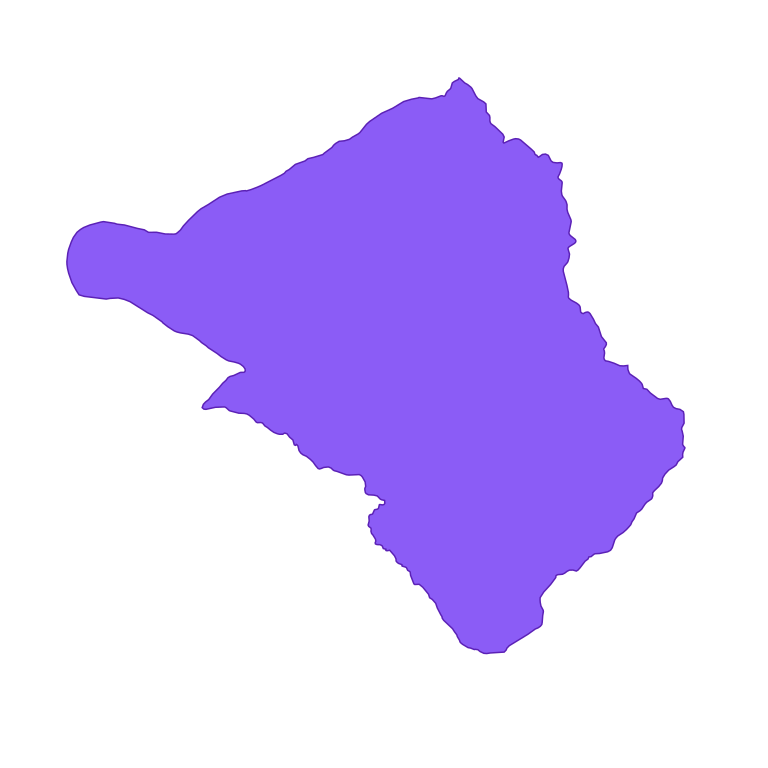 the district of Chinavita, Boyacá, Colombia, rotated 169°
{"feature_id": "7082276B18189760139189", "entity_name": "Chinavita", "entity_type": "district", "adm_level": 2, "iso_a3": "COL", "parent_name": "Colombia", "parent_adm1": "Boyacá", "projection": "mercator", "projection_center": [-73.337, 5.21], "detail": "fine", "context": "isolated", "style": "filled", "palette": "violet", "viewbox_px": 768, "rotation_deg": 169, "n_neighbors": 0, "source": "geoboundaries", "source_scale": "gbopen_adm2", "svg_char_len": 6163}
<svg xmlns="http://www.w3.org/2000/svg" viewBox="0 0 768 768"><g transform="rotate(169 384 384)"><path d="M628.3,596.9L631.0,597.0L642.4,596.2L649.0,594.9L652.5,593.6L656.4,591.5L660.9,587.2L663.8,583.2L667.9,576.3L669.5,572.6L671.9,564.8L672.4,561.8L672.6,557.8L672.4,552.9L671.0,543.0L668.2,534.4L666.3,529.7L661.5,527.2L640.5,520.4L636.5,520.3L628.5,519.2L622.8,516.6L617.6,513.3L602.5,499.1L597.8,495.5L590.0,487.4L589.4,486.2L585.3,481.5L579.7,476.1L577.4,474.6L574.0,473.0L566.6,470.3L562.7,468.1L556.8,461.8L555.2,459.5L551.2,455.4L549.5,453.1L542.1,445.9L538.7,442.0L534.2,437.8L532.0,436.3L526.9,434.2L522.8,432.1L521.1,430.8L518.7,428.0L517.5,425.3L517.7,423.4L518.4,422.5L519.3,422.2L522.8,422.8L530.0,421.0L533.6,420.8L535.9,420.0L538.5,417.7L542.2,415.5L546.2,412.2L554.1,406.8L559.0,402.2L562.6,400.4L565.2,398.5L567.0,395.5L565.6,393.7L563.6,393.1L553.9,393.3L544.8,391.9L543.4,390.8L541.0,387.5L540.1,386.9L532.2,383.1L526.8,381.8L524.4,380.8L522.3,379.1L520.0,376.3L518.5,374.4L516.8,371.1L515.7,370.2L512.3,369.7L510.7,368.9L508.9,365.5L506.8,363.6L504.0,360.2L501.3,357.5L498.2,355.5L496.2,354.6L492.9,354.0L491.4,354.7L490.7,354.7L488.7,353.7L486.8,349.8L484.1,346.4L483.7,341.5L482.8,340.7L482.3,340.7L481.6,341.4L480.7,340.5L480.3,339.5L480.1,334.8L478.9,332.1L477.2,330.1L473.9,327.8L470.8,324.2L468.5,320.9L466.7,316.9L464.8,313.6L463.5,312.9L461.4,313.1L459.1,313.6L454.4,313.2L452.0,311.6L450.4,309.3L449.4,308.4L446.7,307.1L438.3,302.1L435.8,301.3L425.5,299.8L423.9,298.4L423.0,296.9L421.2,291.5L421.5,287.0L422.7,285.2L423.0,283.7L423.0,281.0L422.4,279.8L420.4,278.2L415.3,276.9L412.8,275.8L411.9,275.3L409.6,271.7L408.4,270.8L405.6,269.6L406.0,266.6L407.0,265.7L408.6,265.6L411.0,266.5L411.6,266.4L413.1,263.1L414.2,262.4L417.0,262.4L417.6,262.0L419.9,258.7L420.6,258.4L422.3,258.4L423.4,257.9L424.2,256.6L424.7,252.3L426.5,248.6L426.2,247.2L424.4,245.1L424.3,244.0L424.9,241.9L424.7,239.6L423.7,237.9L422.0,233.4L422.0,231.4L423.0,229.7L422.9,228.6L421.5,227.7L418.5,227.0L417.1,225.9L416.6,225.3L416.1,222.6L413.6,221.4L414.0,220.7L413.6,220.0L412.4,219.7L410.1,219.7L406.5,213.4L405.6,210.1L405.9,207.9L405.3,206.7L404.1,205.2L401.1,203.4L400.8,202.9L401.1,202.1L400.8,201.7L397.7,200.1L397.0,199.4L396.3,196.6L394.5,195.0L394.2,194.2L394.4,191.0L392.8,182.1L392.0,181.3L387.7,180.7L384.7,177.1L380.4,169.1L380.0,165.5L377.7,163.3L375.1,158.9L374.4,153.9L372.2,146.4L371.5,144.8L371.5,142.9L370.5,140.6L363.4,130.7L362.1,127.4L360.4,123.9L360.2,122.0L358.8,118.1L358.6,116.4L358.3,115.6L356.6,113.5L351.8,109.2L349.5,108.3L346.0,106.1L345.2,106.2L342.6,105.3L340.7,103.0L337.4,100.6L334.6,99.8L331.0,99.7L317.2,97.9L314.9,99.5L313.8,101.2L311.0,103.2L290.4,110.9L282.1,114.7L279.4,115.2L276.8,116.3L275.0,117.8L274.2,119.8L272.4,126.4L271.0,130.1L270.9,131.5L272.3,136.2L272.3,139.9L272.0,142.4L271.5,144.5L266.8,149.4L258.7,155.4L252.9,160.7L252.3,161.3L251.9,162.7L251.5,163.2L249.9,163.7L245.1,163.2L242.6,163.9L240.0,165.2L237.5,165.9L234.0,165.3L230.9,163.7L229.1,164.3L226.7,166.1L220.4,171.7L217.2,173.2L215.8,175.2L213.7,175.0L210.2,176.9L209.2,177.1L204.7,176.5L196.4,176.6L193.3,177.6L191.2,179.7L187.1,187.1L185.6,188.6L183.5,190.2L177.6,192.6L173.6,195.0L171.0,196.9L168.6,198.8L166.9,201.4L164.3,203.9L160.7,209.2L157.0,210.7L154.9,212.0L150.9,216.1L148.7,217.8L143.4,220.1L142.6,220.9L141.5,222.9L141.0,226.0L138.9,227.7L133.9,230.9L130.6,233.7L129.3,235.8L128.4,238.6L125.4,241.9L120.9,245.2L115.1,247.5L112.7,248.7L110.3,251.7L104.7,255.1L104.3,257.9L103.5,260.0L100.9,263.6L100.8,264.3L101.6,265.4L102.4,267.7L100.2,275.7L100.3,281.0L100.6,282.3L100.1,284.3L96.9,288.3L95.4,297.0L95.4,299.7L98.3,302.6L102.0,304.1L104.3,305.9L105.3,308.2L106.3,312.4L107.7,315.2L108.9,315.9L110.2,316.1L115.8,316.3L118.2,317.6L124.3,324.4L127.0,328.7L130.3,330.1L130.6,334.1L131.0,335.4L132.6,338.1L135.2,341.3L140.8,347.0L141.3,348.5L141.8,351.8L141.2,355.7L145.4,356.0L149.0,356.9L154.2,360.5L159.2,363.3L162.2,364.5L163.0,365.9L163.2,367.7L161.6,372.2L161.4,374.4L161.7,376.1L161.5,376.7L159.6,378.4L158.2,380.3L157.9,382.1L161.5,389.0L162.7,399.0L164.9,403.0L166.0,407.5L168.3,413.8L169.5,415.4L170.7,415.9L172.8,415.8L175.0,415.1L176.4,415.9L177.2,417.2L176.8,421.8L176.9,422.9L177.7,424.6L179.6,426.7L184.1,430.4L186.0,432.6L186.4,433.6L186.4,434.5L185.9,436.2L185.5,438.7L185.6,445.9L186.5,460.3L186.1,462.8L184.8,465.1L181.3,467.8L180.2,468.9L178.3,472.5L177.1,476.1L177.6,481.6L177.1,482.7L175.9,483.5L170.4,485.6L169.1,486.4L168.5,487.3L168.4,488.4L168.8,489.5L172.8,494.2L173.5,495.6L173.7,497.0L169.6,506.8L169.2,508.0L169.2,509.7L170.9,517.5L171.0,520.7L170.1,525.0L170.4,528.0L170.8,529.6L173.0,534.4L173.3,536.0L173.1,539.6L170.7,547.5L170.7,548.6L171.2,549.6L173.1,551.7L173.7,552.9L173.7,554.1L171.6,556.7L169.1,560.8L167.8,563.5L167.1,566.0L167.3,567.0L168.6,567.7L171.9,568.0L175.8,569.3L177.4,571.1L179.1,577.1L181.6,578.9L184.7,579.1L187.9,577.6L189.3,577.2L190.5,579.5L191.5,580.0L192.0,580.9L192.3,583.1L194.6,586.4L203.3,597.4L205.1,598.8L208.0,599.7L210.2,599.7L215.2,598.9L220.0,597.7L220.6,597.9L220.9,598.7L218.9,603.5L219.7,606.5L225.8,615.2L229.4,619.2L229.7,620.3L229.9,622.0L229.2,625.3L229.2,627.5L231.7,631.5L230.5,639.5L232.3,641.9L237.4,646.2L238.9,649.3L241.2,657.2L242.0,658.7L244.8,662.0L247.3,664.1L251.3,669.6L252.0,670.1L253.0,668.7L257.2,667.6L259.5,666.5L261.9,661.8L262.7,661.0L266.0,659.2L267.4,657.7L269.0,655.3L270.2,654.9L272.0,655.9L273.1,656.0L278.8,655.0L282.7,654.8L294.9,658.6L296.0,658.3L302.6,658.3L310.8,657.5L323.0,653.0L334.7,650.2L347.9,644.5L351.6,642.3L359.7,635.4L361.7,634.4L367.8,632.4L371.2,630.8L376.5,630.3L381.7,630.8L385.7,629.3L387.9,628.0L390.0,626.1L398.4,622.1L400.3,620.9L409.8,619.9L415.7,619.7L419.1,618.0L429.1,616.5L436.2,612.6L439.6,611.5L441.5,609.9L445.3,608.5L466.6,602.3L471.2,601.3L477.5,600.2L481.9,599.8L482.5,599.8L482.9,600.2L486.8,600.7L501.7,600.4L509.9,598.7L522.2,593.7L530.0,591.0L534.2,588.8L544.6,582.0L550.8,577.4L554.5,573.9L558.1,571.8L559.7,571.1L561.7,571.2L570.1,573.0L578.2,576.3L586.2,577.8L589.9,581.1L596.2,583.7L608.4,589.6L615.7,591.9L617.7,593.1L628.3,596.9Z" fill="#8b5cf6" stroke="#5b21b6" stroke-width="1.5"/></g></svg>